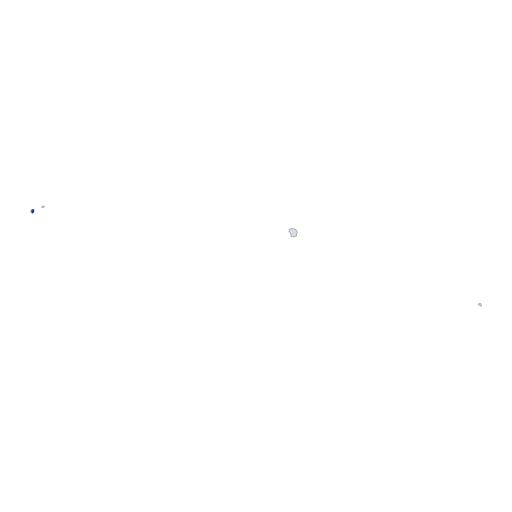 Tol, Chuuk, Federated States of Micronesia (highlighted)
{"feature_id": "79324940B54997452530027", "entity_name": "Tol", "entity_type": "district", "adm_level": 2, "iso_a3": "FSM", "parent_name": "Federated States of Micronesia", "parent_adm1": "Chuuk", "projection": "natural_earth1", "projection_center": [151.62, 7.349], "detail": "fine", "context": "in_parent", "style": "filled", "palette": "blue", "viewbox_px": 512, "rotation_deg": 0, "n_neighbors": 0, "source": "geoboundaries", "source_scale": "gbopen_adm2", "svg_char_len": 1237}
<svg xmlns="http://www.w3.org/2000/svg" viewBox="0 0 512 512"><path d="M296.5,235.8L294.2,236.9L291.3,236.4L290.4,232.7L289.1,231.7L289.4,229.8L291.4,228.3L295.7,229.5L297.3,232.2L296.3,234.0L296.5,235.8ZM33.8,211.5L33.5,212.1L31.1,211.8L30.7,211.5L30.9,211.2L32.1,211.0L32.2,210.1L31.6,210.0L32.1,209.5L33.1,209.5L33.6,210.0L33.9,210.7L33.8,211.5ZM480.9,303.8L481.3,306.0L478.8,305.0L478.4,304.2L479.9,303.4L480.9,303.8ZM43.0,207.6L42.3,207.8L42.0,207.6L42.2,206.4L42.4,206.0L43.0,206.0L44.1,206.3L44.2,206.6L43.0,207.6Z" fill="#d9dde1" stroke="#a8b0b8" stroke-width="1"/><path d="M32.3,210.3L32.4,210.5L32.5,210.7L32.6,210.8L32.5,210.7L32.4,210.8L32.3,211.0L32.2,211.0L32.3,211.2L32.4,211.3L32.4,211.5L32.4,211.4L32.3,211.5L32.3,211.8L32.2,211.9L32.2,212.0L32.3,212.0L32.2,212.1L32.1,212.3L32.1,212.5L32.3,212.7L32.5,212.6L32.8,212.5L32.9,212.4L33.0,212.4L33.3,212.3L33.5,212.2L33.4,212.2L33.3,211.9L33.2,211.9L33.2,211.7L33.1,211.4L33.0,211.2L32.9,211.2L32.7,211.0L32.7,210.9L32.8,210.9L32.8,211.0L32.8,210.9L32.8,211.0L33.0,211.1L33.3,211.3L33.4,211.2L33.4,211.3L33.4,211.2L33.3,210.9L33.4,210.7L33.4,210.4L33.2,210.3L33.1,210.2L32.9,210.1L32.7,210.0L32.4,210.0L32.3,210.3Z" fill="#3b82f6" stroke="#1e3a8a" stroke-width="1.5"/></svg>